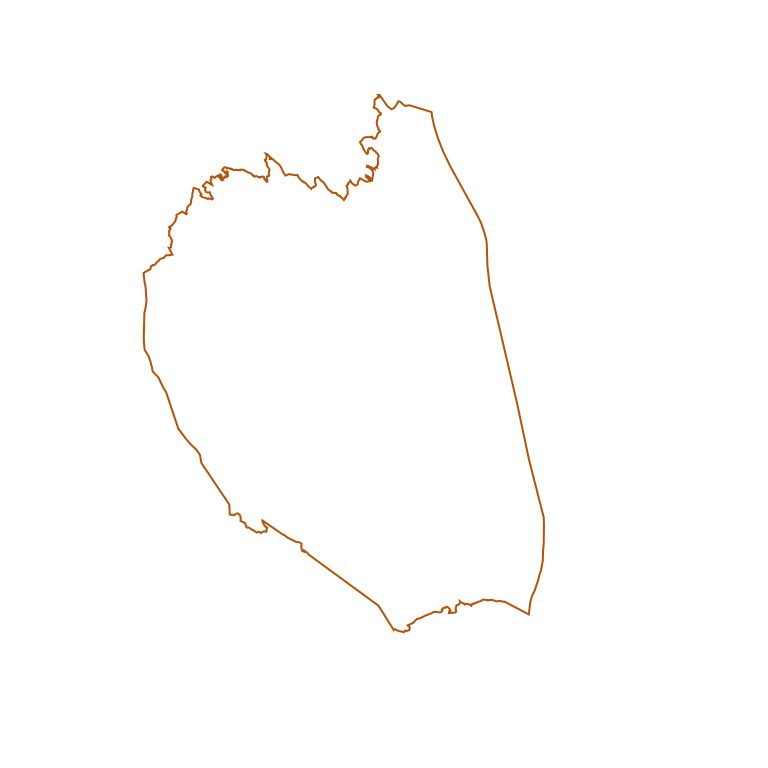 "Østre Toten" nor, Oppland, Norway (Equal Earth projection), rotated 53°
{"feature_id": "86288312B18082183204851", "entity_name": "\"Østre Toten\" nor", "entity_type": "district", "adm_level": 2, "iso_a3": "NOR", "parent_name": "Norway", "parent_adm1": "Oppland", "projection": "equal_earth", "projection_center": [10.862, 60.623], "detail": "fine", "context": "isolated", "style": "outline", "palette": "amber", "viewbox_px": 768, "rotation_deg": 53, "n_neighbors": 0, "source": "geoboundaries", "source_scale": "gbopen_adm2", "svg_char_len": 6165}
<svg xmlns="http://www.w3.org/2000/svg" viewBox="0 0 768 768"><g transform="rotate(53 384 384)"><path d="M150.5,213.6L149.7,214.7L150.4,214.7L150.9,215.3L151.9,215.5L151.8,216.3L151.1,217.1L151.6,218.4L151.2,219.3L151.4,220.3L153.3,222.1L155.2,223.3L156.9,225.8L157.7,225.7L158.3,225.1L160.7,224.0L164.4,224.2L165.9,223.6L166.6,224.0L166.8,224.9L166.3,226.5L167.3,228.2L170.7,232.5L174.0,234.1L176.7,234.8L177.1,235.3L179.7,235.0L180.1,235.4L180.0,236.6L180.3,238.4L182.6,242.2L182.1,243.4L182.5,243.9L181.1,245.2L179.3,244.7L177.9,247.5L176.1,249.5L175.2,252.2L176.2,255.6L176.3,257.5L177.2,257.5L177.5,257.9L178.2,258.1L180.2,257.8L184.0,259.0L189.8,259.3L190.3,258.5L190.2,258.1L187.3,255.7L186.7,254.1L187.8,253.6L187.7,252.4L188.1,251.8L191.5,251.6L193.1,250.8L194.2,251.0L196.5,250.5L198.9,251.2L200.3,253.3L205.0,256.6L205.9,258.8L207.1,259.4L205.9,260.3L205.7,260.9L205.8,261.4L207.1,262.4L201.8,264.5L199.5,266.1L200.3,267.1L203.1,265.2L206.6,264.8L209.4,265.8L213.9,270.7L208.8,271.5L208.0,272.4L206.6,272.8L207.5,273.7L213.8,272.4L212.2,276.0L210.4,277.2L205.2,279.4L207.1,283.3L208.7,284.9L208.6,286.9L208.0,287.7L204.5,288.7L201.4,288.6L202.1,289.4L202.1,291.9L203.0,292.5L203.1,294.6L206.1,295.6L210.5,298.7L210.8,300.4L211.8,301.8L211.8,303.2L212.6,303.8L213.0,305.3L210.4,305.5L208.2,306.1L207.4,306.0L207.0,306.7L205.6,306.8L204.6,307.6L202.9,307.2L199.6,310.5L198.6,310.2L195.6,311.5L187.2,310.9L182.8,312.0L179.1,312.0L178.3,315.0L178.7,315.7L181.6,317.8L183.6,318.2L184.3,318.8L184.7,320.9L184.0,321.4L184.4,322.0L184.1,324.1L184.4,324.6L180.3,325.5L176.8,325.6L174.2,326.4L174.3,326.8L170.8,327.7L168.1,327.9L165.0,327.3L164.8,328.0L163.3,329.8L159.2,333.7L158.2,337.3L154.5,337.1L148.9,335.8L146.0,335.7L135.7,338.0L135.2,339.1L136.1,339.3L135.6,340.0L133.5,338.3L129.7,339.2L128.9,339.8L130.1,339.9L131.5,340.6L133.5,343.0L133.9,343.6L133.4,344.4L133.7,344.6L137.1,344.7L138.7,346.0L143.7,346.3L146.6,349.4L148.6,350.4L147.9,352.3L148.7,353.6L152.2,355.2L152.0,356.0L147.6,356.1L146.7,355.4L146.1,355.5L145.3,356.0L144.4,357.9L144.5,358.5L144.1,358.6L144.3,359.0L141.0,360.9L140.9,361.9L140.1,362.6L138.9,362.7L138.3,363.0L138.7,363.2L137.9,363.5L136.0,363.3L133.1,365.3L130.2,366.5L130.0,367.0L128.8,367.0L127.3,368.3L127.2,368.9L126.4,369.7L126.6,370.4L124.6,372.4L124.6,372.8L124.1,373.0L122.9,375.2L120.2,376.4L120.4,376.9L118.7,377.7L118.6,378.1L116.4,379.7L116.7,379.9L115.2,380.5L114.9,381.1L114.9,382.2L115.3,383.7L115.5,383.7L115.4,384.1L116.0,384.6L117.2,384.3L117.6,383.8L119.7,383.8L119.6,381.5L120.4,381.2L120.7,381.4L120.5,381.6L120.8,382.4L122.1,382.4L122.0,383.8L123.9,383.3L124.0,385.6L122.5,386.1L122.4,386.7L123.2,387.8L122.7,389.1L119.8,389.0L119.6,388.4L118.0,388.5L117.8,390.4L124.1,390.1L123.4,391.3L121.4,390.8L117.5,391.7L117.3,392.8L117.6,395.2L115.0,396.0L114.6,397.6L116.6,398.5L116.9,400.2L121.5,401.5L115.8,403.9L116.6,409.5L117.5,409.6L119.8,408.2L121.1,410.2L123.7,410.6L125.0,409.6L126.1,407.7L128.6,408.8L131.8,408.8L133.2,409.4L133.4,409.9L130.5,412.0L130.4,413.4L129.1,413.8L124.9,416.9L122.8,417.0L122.8,415.7L119.0,415.4L117.4,414.8L112.8,418.0L117.1,422.9L119.0,424.4L121.0,427.3L122.8,428.7L124.0,430.2L124.0,432.7L124.8,435.2L126.4,436.5L127.1,438.2L128.8,439.1L129.3,439.0L129.4,439.8L124.9,441.4L124.1,448.1L126.2,449.4L126.7,450.8L127.5,451.4L128.5,453.2L129.8,458.5L129.2,461.0L130.2,461.5L130.9,460.9L131.7,461.1L132.5,463.6L135.3,465.4L135.7,466.3L138.2,466.1L142.5,467.2L143.3,468.8L144.4,469.4L144.7,470.6L146.0,471.2L146.6,471.9L146.7,472.4L145.7,473.9L153.4,475.1L151.6,478.6L150.2,480.3L150.3,482.1L150.8,483.8L149.4,487.7L150.1,490.0L149.9,492.0L150.3,492.7L150.8,494.7L150.5,496.3L149.7,497.3L150.1,498.8L149.8,499.2L151.9,501.9L151.2,503.7L151.3,504.9L150.9,506.0L150.7,509.3L159.5,514.5L160.0,514.4L163.8,516.5L174.9,523.8L178.8,527.6L183.0,532.6L201.2,547.0L206.0,550.5L212.6,554.6L221.0,555.4L222.7,556.2L225.5,556.9L227.8,558.1L231.0,559.2L234.1,560.9L235.1,561.1L242.9,560.2L253.8,562.4L259.4,562.9L295.7,575.1L308.6,575.2L316.6,574.6L323.5,573.4L329.7,573.6L337.3,577.4L387.2,580.1L395.2,585.6L396.2,585.2L397.5,583.5L398.5,583.0L398.7,579.8L399.2,578.7L402.3,577.9L405.6,579.6L406.5,580.7L407.2,581.0L411.5,578.6L413.2,579.4L414.4,579.2L415.0,579.9L415.6,580.0L416.5,579.6L416.9,578.7L417.9,578.1L421.1,577.1L422.4,576.2L425.8,575.2L426.5,573.9L426.4,573.2L427.6,572.3L428.9,572.1L428.7,571.6L429.0,570.8L428.9,570.2L429.6,568.4L431.0,567.2L431.1,566.7L429.4,565.5L429.4,564.9L428.3,563.7L426.8,564.5L424.6,564.6L420.5,563.8L419.9,563.2L443.7,555.3L444.4,554.5L448.1,553.7L457.2,549.3L458.0,548.7L459.2,547.0L460.6,546.4L462.2,546.0L463.9,547.9L467.8,549.8L470.1,548.7L469.0,548.0L471.9,547.0L475.1,546.7L481.0,545.0L557.8,521.8L586.4,524.3L586.1,523.2L590.4,520.7L594.2,517.4L593.6,515.5L595.0,514.8L595.1,513.7L595.8,512.1L595.8,511.7L594.0,510.1L592.4,509.8L591.6,510.3L591.0,510.3L592.4,503.7L591.7,501.8L591.5,498.8L592.7,496.6L594.0,489.8L595.6,484.6L595.9,481.7L596.7,480.3L600.2,476.7L600.4,475.8L600.3,473.9L598.8,473.5L598.9,472.4L598.6,471.9L599.0,470.4L599.7,469.7L599.3,468.4L600.7,467.3L603.3,467.0L605.2,467.6L604.7,468.5L606.0,470.0L609.2,465.1L609.3,463.3L606.0,461.7L605.7,460.8L604.3,459.3L605.2,456.9L604.1,454.3L603.4,454.1L606.3,453.2L607.3,452.4L608.5,452.4L608.5,451.2L609.3,450.6L609.8,449.6L612.2,448.1L613.3,447.8L613.0,447.6L613.3,447.3L613.0,447.0L613.1,446.1L612.7,445.7L613.4,444.9L613.2,444.6L613.8,443.7L613.7,442.7L614.4,441.7L614.7,439.9L615.8,437.1L615.6,435.2L616.4,433.8L619.1,431.5L618.9,431.2L619.6,430.7L620.4,428.9L621.2,428.4L621.8,427.3L625.3,425.1L626.7,422.3L629.2,420.2L630.4,418.7L655.2,407.0L646.5,398.7L642.4,393.4L639.6,387.9L634.0,379.7L629.0,373.4L627.3,370.7L620.7,363.6L612.0,356.5L607.7,352.6L592.6,340.9L586.6,336.7L531.2,313.5L480.5,289.8L369.4,240.7L351.6,230.1L334.4,217.9L330.5,215.6L323.1,212.6L313.2,209.4L306.2,208.1L250.9,200.2L234.0,196.9L219.8,192.9L207.7,188.5L198.9,184.4L195.4,182.4L177.3,195.5L176.4,196.4L174.8,199.7L172.7,200.5L168.5,201.1L167.1,202.1L166.8,202.8L168.0,204.4L167.9,204.7L168.6,206.1L169.6,210.1L169.1,212.7L164.1,214.1L150.5,213.6Z" fill="none" stroke="#b45309" stroke-width="2"/></g></svg>